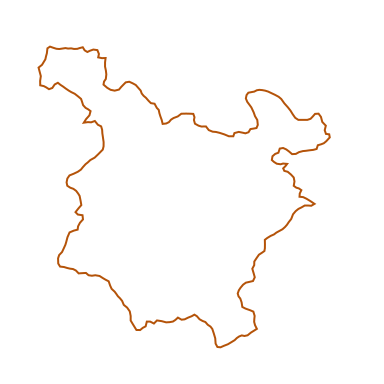 outline of Campestre, Minas Gerais, Brazil, rotated 175°
{"feature_id": "56859067B89566342102842", "entity_name": "Campestre", "entity_type": "district", "adm_level": 2, "iso_a3": "BRA", "parent_name": "Brazil", "parent_adm1": "Minas Gerais", "projection": "orthographic", "projection_center": [-46.226, -21.716], "detail": "fine", "context": "isolated", "style": "outline", "palette": "amber", "viewbox_px": 384, "rotation_deg": 175, "n_neighbors": 0, "source": "geoboundaries", "source_scale": "gbopen_adm2", "svg_char_len": 4444}
<svg xmlns="http://www.w3.org/2000/svg" viewBox="0 0 384 384"><g transform="rotate(175 192 192)"><path d="M50.0,234.4L50.3,237.5L53.5,238.2L54.4,242.0L52.9,246.4L56.1,250.4L57.0,255.6L59.1,259.0L62.6,259.1L65.3,256.5L67.5,254.6L70.8,253.8L75.0,254.2L79.8,254.6L82.7,256.9L84.9,260.7L86.8,264.5L89.1,268.0L92.3,272.3L95.0,276.9L97.4,279.3L100.9,281.6L104.5,283.7L107.4,285.4L110.3,286.6L113.2,287.4L116.0,287.9L118.6,287.7L121.2,286.6L124.3,286.3L127.2,286.0L129.2,283.8L130.2,280.5L129.1,277.0L127.5,274.4L125.5,271.1L123.6,265.9L122.6,262.0L120.7,258.1L120.6,253.1L122.2,250.1L125.4,249.8L128.3,249.6L130.5,246.6L133.7,245.8L136.5,246.7L140.2,247.8L144.6,247.0L146.0,243.9L150.4,244.3L154.8,246.6L159.3,248.5L162.8,249.7L166.2,250.3L169.9,252.2L172.4,256.1L176.9,256.4L179.7,257.5L183.1,259.8L183.8,263.5L183.0,266.3L183.9,269.7L186.6,270.1L191.0,270.6L195.8,270.9L199.6,268.5L203.9,267.3L206.6,265.9L208.9,263.6L211.7,262.5L215.3,262.4L215.9,266.4L216.9,270.1L217.6,273.3L218.0,276.7L219.7,278.8L221.6,283.2L225.2,284.1L227.3,286.6L229.7,289.9L231.8,292.0L233.5,294.5L234.3,297.5L236.2,300.1L238.7,303.5L241.7,305.5L244.9,307.3L248.5,307.0L251.2,304.7L253.4,302.8L255.8,300.4L260.2,299.7L264.2,300.9L267.4,303.2L270.8,306.7L270.0,309.7L268.0,312.1L267.1,316.6L267.2,320.4L267.7,324.5L267.3,328.8L266.4,333.0L270.1,333.2L273.7,334.3L272.7,337.6L273.9,341.6L277.9,342.5L281.4,341.6L284.1,340.6L286.6,342.5L288.2,345.7L291.3,345.2L293.9,344.6L297.1,344.8L299.8,345.6L303.0,345.7L305.5,346.4L308.5,346.2L311.8,346.0L314.6,346.5L317.7,347.8L320.8,349.2L323.5,347.7L324.5,342.8L325.6,339.9L326.5,337.0L328.4,334.4L330.3,331.8L334.0,329.3L333.2,324.6L332.5,320.6L333.6,315.9L333.9,311.5L330.4,310.4L328.2,309.0L325.5,306.9L322.1,307.8L319.4,311.1L316.1,312.5L313.7,310.2L311.4,308.4L308.8,306.1L306.0,303.8L303.5,302.0L300.3,300.1L297.4,297.4L294.4,294.4L293.7,291.6L292.9,288.0L290.7,285.1L288.2,283.4L286.0,281.4L287.5,277.3L291.2,273.8L293.7,270.5L289.6,270.7L286.4,270.2L282.6,271.2L279.9,267.2L276.8,265.3L276.1,261.8L276.2,258.3L276.0,255.0L275.7,249.4L276.1,245.2L277.2,242.0L279.2,240.3L282.0,237.9L286.0,234.7L290.5,232.7L293.3,230.5L295.6,229.0L298.5,226.3L300.7,224.0L304.0,222.1L308.3,220.5L312.6,219.2L315.0,216.3L316.1,212.5L315.7,209.1L312.9,206.9L309.9,205.5L307.3,203.2L305.5,200.3L304.3,197.9L303.7,192.4L303.4,188.6L306.5,185.6L309.8,182.1L307.7,179.5L303.1,178.4L303.0,174.2L306.3,171.1L308.5,167.7L309.2,164.5L313.2,163.8L317.5,162.4L320.0,157.8L321.6,153.3L322.7,150.5L324.5,147.3L326.7,143.5L329.8,140.8L331.2,137.6L331.5,132.4L329.9,129.2L326.0,128.4L323.0,127.2L320.3,126.3L317.2,125.6L314.5,123.9L312.0,120.8L307.7,120.7L304.7,120.6L302.3,118.1L299.0,117.3L295.6,117.5L291.4,116.4L288.3,114.0L285.8,112.2L282.8,110.3L281.7,105.9L280.5,102.5L277.7,99.4L276.3,97.1L274.9,94.6L273.0,92.4L271.1,89.6L269.8,85.5L266.7,82.5L264.4,78.5L263.9,73.8L264.3,69.3L262.4,65.4L261.1,62.8L259.4,59.4L255.7,59.0L252.8,61.0L249.9,62.2L248.3,66.8L244.9,66.5L241.4,64.3L238.1,67.1L233.5,66.0L229.1,64.4L225.7,64.3L222.3,64.6L219.7,66.0L217.0,68.1L213.5,65.7L210.4,65.8L206.8,67.2L203.1,68.3L200.3,69.6L198.0,67.9L195.6,64.6L192.7,62.6L190.0,61.3L187.9,58.4L185.3,56.3L183.7,53.8L182.6,49.1L181.6,44.2L181.7,38.9L180.2,35.4L177.1,34.8L173.6,36.0L169.5,37.2L165.6,39.1L162.4,40.7L160.1,42.6L157.6,44.0L154.9,44.8L152.3,44.0L149.1,44.4L145.4,46.9L142.8,48.2L139.3,50.0L140.8,53.8L141.4,57.2L141.0,60.0L140.4,63.1L141.3,67.5L144.5,69.2L148.9,71.2L151.9,73.1L152.2,77.7L153.2,81.7L154.7,83.9L155.3,86.9L153.9,90.0L151.9,92.5L149.2,95.2L146.2,97.0L143.1,97.4L139.0,98.0L136.9,101.6L137.6,105.3L138.6,110.3L136.4,113.7L136.0,117.3L133.3,120.7L130.8,123.7L127.6,125.4L125.0,126.9L124.3,129.6L123.9,133.5L123.6,138.0L121.1,139.6L117.5,141.4L114.0,142.6L111.5,144.2L108.3,145.6L105.1,147.0L102.4,149.0L100.2,151.1L98.3,153.5L95.5,156.5L93.3,161.0L90.4,163.9L87.4,165.9L84.3,167.1L80.9,168.7L77.5,168.4L74.4,167.9L71.0,169.5L74.7,172.5L78.5,175.3L81.7,177.2L85.3,177.9L84.8,181.1L82.9,184.3L85.3,186.3L87.7,187.2L90.1,189.3L89.0,193.6L89.4,197.6L91.9,200.8L94.9,203.8L98.2,205.0L99.1,207.6L96.6,209.7L94.8,211.7L98.8,212.4L101.3,211.9L105.1,212.8L107.7,214.8L109.7,216.9L108.7,220.6L105.8,222.7L102.5,223.6L100.8,227.6L97.4,227.9L94.4,226.2L91.9,224.0L89.0,221.0L85.2,220.9L81.9,222.4L77.9,223.1L75.2,223.1L71.5,223.3L67.5,223.4L64.1,224.0L62.6,227.6L59.1,228.3L56.4,229.1L53.8,230.9L50.0,234.4Z" fill="none" stroke="#b45309" stroke-width="2"/></g></svg>